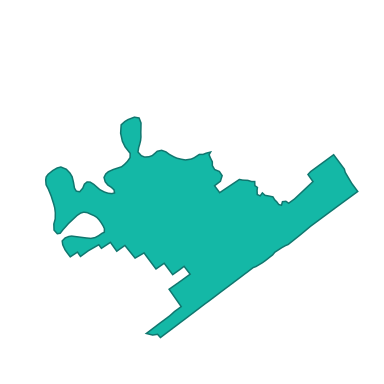 Bento Gonçalves, Rio Grande do Sul, Brazil, rotated 324°
{"feature_id": "56859067B71530862715351", "entity_name": "Bento Gonçalves", "entity_type": "district", "adm_level": 2, "iso_a3": "BRA", "parent_name": "Brazil", "parent_adm1": "Rio Grande do Sul", "projection": "mercator", "projection_center": [-51.571, -29.106], "detail": "fine", "context": "isolated", "style": "filled", "palette": "teal", "viewbox_px": 384, "rotation_deg": 324, "n_neighbors": 0, "source": "geoboundaries", "source_scale": "gbopen_adm2", "svg_char_len": 2585}
<svg xmlns="http://www.w3.org/2000/svg" viewBox="0 0 384 384"><g transform="rotate(324 192 192)"><path d="M103.7,99.7L100.6,94.7L97.0,93.3L92.0,92.8L86.0,93.1L82.9,94.1L80.7,96.3L78.2,100.4L77.5,105.2L75.7,112.5L73.1,120.3L71.6,124.2L69.2,128.5L65.5,133.4L61.4,136.7L58.0,141.7L58.5,146.6L61.1,147.9L65.6,146.6L69.5,145.8L73.5,144.9L85.3,143.4L89.5,143.6L92.6,144.7L95.2,147.2L97.4,151.1L98.9,153.6L100.1,156.6L100.5,159.7L100.5,163.1L100.2,167.1L99.6,170.2L97.4,173.0L94.8,172.5L91.0,172.5L86.8,171.9L82.9,170.1L79.3,166.9L68.7,156.9L66.2,155.6L62.4,154.6L58.2,155.3L56.4,158.7L55.3,164.3L55.3,168.6L55.4,172.9L64.0,173.3L63.9,178.6L67.4,178.6L70.3,178.6L73.8,178.6L85.6,179.9L85.6,184.3L96.4,184.8L96.3,195.7L99.9,195.7L106.3,195.8L107.1,212.0L117.4,213.1L117.4,217.1L117.6,233.1L127.6,233.3L127.8,247.5L135.5,247.6L141.9,247.5L142.2,257.4L135.7,257.4L130.4,257.4L116.3,257.2L115.9,278.4L107.6,278.4L101.1,279.1L89.5,279.2L71.9,279.6L73.9,282.0L76.1,284.6L80.5,286.9L80.9,291.2L124.0,290.4L136.4,290.1L142.7,290.1L156.8,289.8L183.3,289.4L186.1,289.3L189.5,289.3L192.3,289.2L197.1,289.1L199.9,289.9L207.5,290.6L212.2,290.6L216.3,290.4L220.2,290.3L223.6,289.4L231.9,289.8L236.1,290.3L238.9,291.0L254.5,290.3L257.5,290.1L260.8,289.9L267.6,289.4L300.0,289.1L326.4,289.0L326.3,278.9L327.5,266.2L328.7,263.0L328.5,245.1L300.0,245.2L296.1,246.0L296.0,251.6L296.0,254.7L270.8,257.9L263.6,257.9L262.5,254.7L259.5,253.0L256.6,255.3L254.8,253.1L254.8,249.8L254.3,246.8L254.6,243.5L251.7,240.3L249.1,237.6L248.4,234.1L244.9,235.2L243.3,232.4L245.6,228.9L247.6,226.8L246.6,223.8L248.9,220.4L246.3,218.5L244.0,215.4L240.0,212.2L237.7,209.7L214.0,208.8L213.9,200.2L221.3,200.0L226.0,196.5L226.2,191.5L223.5,187.1L224.0,182.6L226.2,179.5L226.9,175.3L227.7,171.9L230.5,170.6L226.2,168.9L223.1,168.1L220.0,165.9L214.0,165.6L210.7,164.9L205.5,162.2L202.5,159.1L199.6,155.7L198.0,152.9L195.8,148.3L194.5,144.2L191.9,140.4L187.8,138.6L185.0,138.9L181.2,139.2L177.9,138.2L174.2,135.9L172.3,132.8L171.8,127.9L175.0,124.7L177.5,122.8L180.6,120.2L183.0,117.5L185.6,113.7L188.3,110.2L191.3,106.2L192.7,101.0L189.4,97.6L182.8,95.8L179.2,95.5L174.2,96.0L168.8,102.5L165.5,110.0L164.4,116.2L164.7,124.4L162.1,127.8L157.7,129.3L153.6,130.0L149.9,130.2L141.5,127.5L136.2,126.4L132.9,126.7L129.4,128.5L127.8,132.7L128.0,136.9L129.5,140.8L130.2,144.4L128.8,147.2L126.2,146.2L123.4,143.7L121.1,140.5L118.8,135.9L117.0,128.0L115.4,124.1L113.0,122.2L109.6,122.4L105.9,124.7L101.3,125.8L98.9,123.3L99.2,119.8L101.8,114.5L104.0,109.2L104.4,105.0L103.7,99.7Z" fill="#14b8a6" stroke="#0f766e" stroke-width="1.5"/></g></svg>